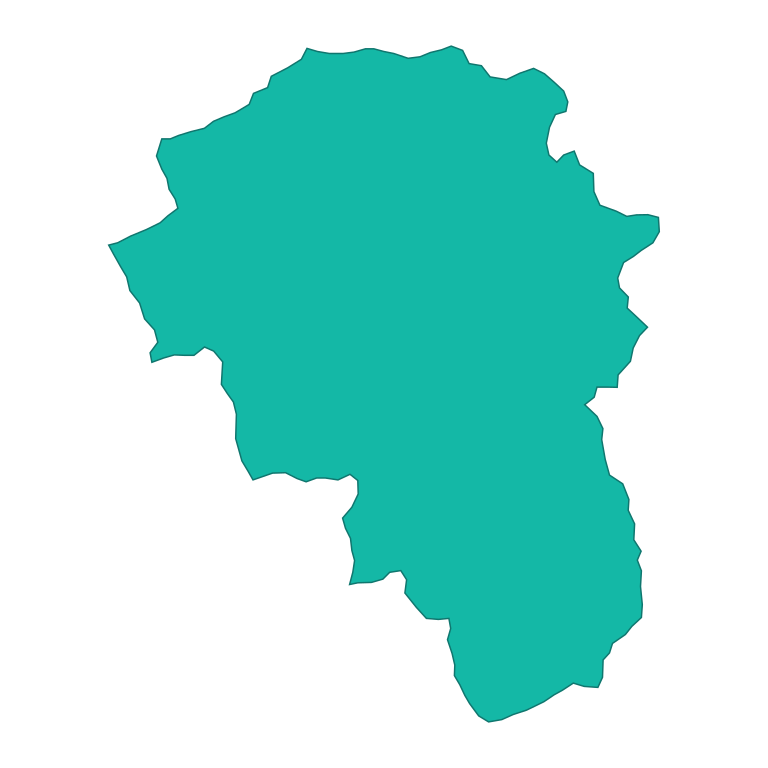 Lagoinha, São Paulo, Brazil (Robinson projection)
{"feature_id": "56859067B91717360167872", "entity_name": "Lagoinha", "entity_type": "district", "adm_level": 2, "iso_a3": "BRA", "parent_name": "Brazil", "parent_adm1": "São Paulo", "projection": "robinson", "projection_center": [-45.208, -23.098], "detail": "fine", "context": "isolated", "style": "filled", "palette": "teal", "viewbox_px": 768, "rotation_deg": 0, "n_neighbors": 0, "source": "geoboundaries", "source_scale": "gbopen_adm2", "svg_char_len": 2334}
<svg xmlns="http://www.w3.org/2000/svg" viewBox="0 0 768 768"><path d="M271.3,76.3L267.6,87.6L253.5,93.4L249.2,104.4L235.1,112.8L224.1,116.8L213.5,121.3L204.4,128.3L191.1,131.6L178.8,135.4L170.2,138.9L161.8,138.9L156.5,156.0L161.8,169.1L167.0,178.4L169.1,189.3L175.2,199.0L177.9,208.3L167.9,215.8L160.1,222.8L146.3,229.6L130.8,236.0L117.6,242.8L108.7,245.1L113.5,254.0L120.7,266.8L126.7,276.9L129.9,290.6L139.6,303.0L144.6,318.9L154.5,329.9L157.8,342.3L150.1,352.8L151.9,362.3L163.6,358.0L174.3,354.9L184.3,355.3L194.0,355.3L204.5,347.0L213.7,351.1L222.7,361.9L221.4,384.4L227.3,393.5L233.4,402.0L236.4,414.2L236.0,428.0L235.7,438.6L238.4,448.3L241.9,460.9L248.3,471.6L253.0,479.9L272.6,473.1L285.6,472.7L297.0,478.5L306.1,481.8L316.6,478.0L325.4,478.0L338.0,479.9L350.0,474.3L357.8,480.5L358.2,494.0L351.9,507.2L342.6,518.1L345.5,528.3L350.5,538.4L351.9,550.6L354.6,560.5L352.8,572.3L349.6,584.5L357.8,582.8L371.5,582.4L382.9,579.1L389.7,572.3L400.8,570.6L406.6,579.7L404.9,593.0L416.4,607.4L426.4,618.4L438.4,619.4L448.9,618.4L450.7,628.5L447.5,639.7L452.1,653.5L454.8,665.1L454.4,675.6L459.8,684.7L464.9,695.5L469.7,703.7L478.7,715.9L488.6,721.9L501.8,719.6L513.2,714.5L526.6,710.1L543.9,701.7L554.1,694.8L562.6,690.1L573.3,683.1L584.2,686.4L597.9,687.4L602.5,677.3L603.1,659.9L609.5,652.9L612.5,643.4L625.4,634.5L631.8,626.4L641.4,617.5L642.3,604.7L640.5,586.5L641.4,570.8L637.3,560.1L641.1,551.2L633.8,539.8L634.6,523.9L628.2,510.3L628.9,499.5L622.7,483.8L609.5,475.1L605.2,459.4L601.7,439.6L602.9,428.6L597.0,416.4L584.7,404.7L594.2,397.2L597.0,387.1L607.9,387.1L617.2,387.3L618.1,374.9L630.4,361.3L633.2,348.0L639.5,335.6L647.5,327.2L635.9,316.2L627.2,308.1L628.3,297.0L619.5,287.9L617.7,278.0L623.6,262.5L633.6,256.3L641.1,250.5L652.9,242.8L659.3,231.7L658.4,217.4L647.9,214.7L636.5,214.9L626.8,216.4L616.3,211.2L599.9,205.2L593.9,191.6L593.3,173.4L579.6,164.9L574.2,151.1L563.7,155.0L556.8,162.2L548.9,155.0L546.3,143.2L549.5,127.3L555.4,114.5L565.9,111.4L567.8,101.9L563.7,91.1L554.1,82.2L544.5,73.8L533.6,68.4L519.9,73.2L506.5,79.6L490.1,76.9L481.4,65.7L469.1,63.6L462.6,50.4L451.2,46.1L441.6,49.8L430.5,52.5L420.0,56.8L408.1,58.3L393.8,53.5L383.8,51.5L373.8,48.8L365.5,48.8L354.0,52.1L343.0,53.5L329.4,53.5L317.5,51.5L307.0,48.4L301.4,59.3L287.7,67.8L271.3,76.3Z" fill="#14b8a6" stroke="#0f766e" stroke-width="1.5"/></svg>